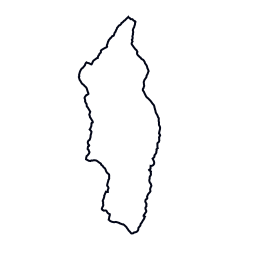 Chhume, Bumthang, Bhutan (Mercator projection), rotated 51°
{"feature_id": "84629894B49965990869274", "entity_name": "Chhume", "entity_type": "district", "adm_level": 2, "iso_a3": "BTN", "parent_name": "Bhutan", "parent_adm1": "Bumthang", "projection": "mercator", "projection_center": [90.767, 27.465], "detail": "fine", "context": "isolated", "style": "outline", "palette": "ink", "viewbox_px": 256, "rotation_deg": 51, "n_neighbors": 0, "source": "geoboundaries", "source_scale": "gbopen_adm2", "svg_char_len": 5798}
<svg xmlns="http://www.w3.org/2000/svg" viewBox="0 0 256 256"><g transform="rotate(51 128 128)"><path d="M41.9,57.9L42.1,60.8L42.4,62.6L42.2,63.3L42.5,65.7L42.3,67.0L42.7,67.5L42.9,68.4L43.0,69.6L42.7,70.2L42.7,70.4L42.8,71.3L43.1,72.0L43.2,73.3L43.8,74.1L44.2,74.9L44.4,75.6L45.4,77.2L45.4,77.9L45.5,78.3L46.7,80.1L47.2,81.0L47.2,81.3L46.7,82.4L46.8,83.0L47.2,84.3L47.1,85.5L47.4,86.1L47.6,87.7L48.2,88.5L48.3,89.1L49.6,90.9L50.3,92.2L50.8,92.7L51.6,93.0L51.8,93.7L51.3,95.3L51.3,95.8L51.1,96.6L51.0,97.2L50.9,98.0L50.7,99.6L50.9,100.5L51.4,100.8L52.1,101.4L52.3,102.0L52.4,103.6L52.9,104.2L53.1,104.8L53.1,105.4L53.8,106.6L54.6,107.5L54.1,108.2L54.0,110.7L53.9,112.5L54.3,113.5L55.5,115.9L55.6,116.3L55.0,116.8L53.4,117.4L51.3,118.9L50.9,119.0L51.0,119.9L51.5,121.1L52.2,122.1L52.5,123.9L52.8,125.1L52.7,126.5L53.0,127.7L53.7,129.3L54.4,130.5L54.9,131.1L55.6,132.2L56.2,132.8L57.2,133.3L57.4,134.1L60.2,135.3L61.8,135.4L63.3,135.7L64.7,135.8L65.5,135.6L66.6,135.3L67.8,135.3L69.7,135.0L71.1,135.1L74.3,136.4L75.9,136.9L76.6,137.3L76.6,137.6L76.6,138.7L76.2,139.4L76.3,140.4L76.6,141.0L76.7,141.8L77.3,142.9L78.5,143.3L79.9,144.1L80.1,144.5L81.7,145.0L83.3,145.1L85.4,146.5L86.4,146.3L91.6,147.1L93.3,149.8L94.0,149.9L94.6,150.1L95.4,150.6L95.9,150.8L96.3,150.7L97.4,150.9L100.5,151.3L101.2,151.6L101.5,151.9L101.4,152.6L101.2,153.0L101.4,153.5L102.4,154.3L103.6,155.5L104.1,156.6L104.7,157.5L105.0,158.7L106.8,158.6L107.9,158.7L109.2,160.2L110.0,161.5L110.9,162.3L111.8,163.2L112.5,164.4L113.0,165.0L113.0,166.0L112.9,166.5L113.3,167.6L113.6,168.0L114.1,168.5L115.4,169.1L116.8,169.0L117.1,169.1L117.4,169.7L117.2,170.7L118.7,172.4L119.2,172.7L120.0,172.4L121.7,173.0L122.5,173.1L122.8,173.7L123.3,174.3L123.4,175.0L123.8,176.5L123.8,177.9L124.2,178.3L124.6,179.0L125.9,180.3L126.9,179.9L128.0,179.4L128.8,179.1L130.1,177.9L130.1,177.7L130.1,177.0L131.0,176.1L131.4,175.1L132.1,174.2L133.2,173.2L134.1,172.8L137.2,172.0L137.9,171.7L138.7,171.5L139.4,171.9L140.2,171.9L141.2,171.5L143.2,171.7L144.9,171.3L146.5,171.7L147.4,172.1L148.9,172.4L150.1,172.4L151.1,172.1L152.2,172.0L153.5,172.8L154.0,173.4L155.3,174.3L155.8,175.0L156.1,176.1L156.6,176.5L158.1,178.7L159.2,180.1L159.7,180.5L161.1,180.5L162.4,180.9L162.8,181.5L163.1,182.3L164.2,183.4L165.0,183.9L164.5,184.6L163.6,185.2L163.9,185.8L164.3,186.5L164.6,187.2L165.1,187.9L165.6,189.1L166.4,189.6L167.0,190.5L167.6,191.4L168.6,193.4L169.2,193.8L169.9,193.9L171.1,195.0L172.4,195.7L173.1,196.8L173.5,197.9L174.4,199.3L175.8,199.4L176.3,199.0L176.9,198.9L178.0,197.3L178.6,196.9L179.1,196.9L180.5,197.2L181.6,197.2L182.8,196.8L183.5,196.4L184.2,196.9L184.8,197.7L185.3,198.6L185.9,199.1L187.1,200.7L187.7,200.5L188.6,200.5L190.3,199.8L191.3,199.1L192.5,198.1L192.9,197.3L193.4,196.5L194.8,195.5L196.3,194.5L196.5,194.6L197.0,194.4L197.2,194.2L197.5,194.1L198.2,193.6L199.5,192.9L199.9,192.3L201.0,192.0L204.0,191.6L205.5,191.8L206.8,191.8L207.8,192.0L208.2,192.0L209.5,191.8L211.8,191.8L212.4,191.4L212.7,190.8L213.0,190.3L213.1,190.1L213.0,188.9L213.3,188.6L213.8,187.6L214.1,186.6L214.1,186.0L213.9,184.8L213.8,184.6L213.3,183.8L212.6,183.2L212.1,182.6L211.9,181.4L211.8,180.9L211.7,180.2L211.6,179.8L211.0,179.2L210.5,178.5L210.2,177.0L209.7,175.7L209.1,174.2L209.0,173.4L208.7,172.9L208.6,172.4L208.5,172.2L207.9,171.8L207.7,171.5L207.6,170.6L207.3,170.6L206.1,171.2L205.7,170.7L205.3,169.2L204.9,168.1L204.6,166.7L204.2,166.2L203.9,166.0L203.6,165.8L202.0,165.4L201.5,165.0L201.2,164.9L200.8,164.4L200.4,162.9L199.8,162.5L199.3,162.3L199.2,162.1L198.9,161.6L198.6,161.4L198.2,161.3L196.8,161.1L196.1,160.9L195.8,160.6L195.6,160.3L195.1,159.9L195.0,159.7L194.8,159.0L194.8,158.7L195.0,157.9L194.8,157.3L194.3,156.9L193.4,156.5L193.0,155.8L192.5,154.9L192.0,153.7L191.8,152.4L191.6,151.2L191.3,150.4L189.4,149.3L188.4,147.8L187.9,146.6L187.6,146.2L187.3,146.0L186.3,145.7L185.9,145.5L185.5,145.3L184.5,145.4L183.9,145.3L182.5,144.7L182.2,144.5L181.5,143.8L181.1,143.1L179.8,142.1L179.3,141.1L179.1,140.2L178.7,139.6L178.1,139.0L177.8,138.9L177.3,138.7L177.1,138.6L176.6,137.8L176.3,137.5L175.6,137.6L174.7,138.0L174.4,138.1L173.8,138.0L173.8,137.4L174.0,136.6L173.8,136.1L172.2,134.8L171.7,134.3L172.0,134.1L172.6,132.7L172.7,131.7L172.3,130.3L172.1,130.2L171.5,129.5L171.0,129.2L170.6,129.0L169.4,128.6L167.3,128.2L167.2,126.4L167.0,125.6L165.9,124.7L165.8,124.2L165.7,124.0L165.7,123.6L165.0,121.5L164.2,120.9L163.5,119.9L162.5,119.3L162.4,118.8L162.4,118.2L162.2,117.8L162.3,117.6L161.3,117.1L160.3,116.3L158.6,115.0L158.3,114.5L158.2,112.7L157.6,111.8L157.3,111.4L156.5,111.0L156.0,110.5L154.7,109.7L154.7,109.3L154.6,109.0L154.3,108.6L154.0,108.2L154.1,107.9L154.0,107.7L153.0,107.3L152.4,107.4L152.0,107.4L151.7,107.3L150.6,106.0L148.9,103.7L147.6,102.6L146.3,102.2L145.4,102.1L144.4,101.5L143.1,100.3L141.9,99.8L140.8,98.8L139.7,97.9L138.3,97.8L136.8,97.2L133.5,96.7L131.2,95.5L130.6,95.4L130.0,95.0L128.7,94.5L127.7,93.9L126.2,93.5L124.5,93.6L121.2,93.4L117.6,93.7L116.5,94.0L115.1,94.1L111.8,93.4L110.0,92.9L109.0,92.8L108.2,92.8L107.8,92.5L107.2,92.1L107.0,91.8L106.7,90.7L106.2,90.2L105.5,88.9L104.0,88.1L103.2,87.5L102.2,86.9L101.6,85.9L101.0,85.0L100.1,81.8L99.6,81.2L99.0,80.6L98.2,78.6L97.2,77.1L96.8,76.2L94.9,75.5L94.1,75.4L93.5,75.2L93.0,74.9L91.2,74.2L88.3,74.0L87.2,73.5L85.6,73.3L84.6,73.3L83.2,73.9L82.3,74.1L81.2,73.9L80.9,74.1L79.9,74.3L79.0,74.3L78.2,74.5L77.2,74.5L76.4,74.4L75.2,73.7L74.8,72.8L72.7,72.4L71.5,72.7L68.1,72.6L67.2,72.5L66.3,72.5L65.0,72.3L64.6,72.0L63.9,71.0L63.8,70.6L63.6,70.0L62.4,69.7L61.8,69.4L61.6,68.4L60.4,67.3L59.6,67.0L58.3,65.1L57.7,64.8L56.8,63.6L55.7,63.0L55.0,62.7L53.9,61.0L53.6,59.9L52.8,58.9L52.1,57.7L51.3,56.8L50.2,55.9L50.2,55.4L49.6,55.3L47.9,56.1L46.3,56.1L45.7,56.7L45.0,57.5L43.8,57.4L43.3,57.7L42.2,58.0L41.9,57.9Z" fill="none" stroke="#020617" stroke-width="2"/></g></svg>